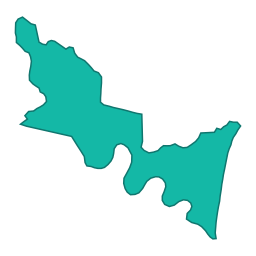 Navegantes, Santa Catarina, Brazil
{"feature_id": "56859067B7965125554274", "entity_name": "Navegantes", "entity_type": "district", "adm_level": 2, "iso_a3": "BRA", "parent_name": "Brazil", "parent_adm1": "Santa Catarina", "projection": "robinson", "projection_center": [-48.723, -26.826], "detail": "fine", "context": "isolated", "style": "filled", "palette": "teal", "viewbox_px": 256, "rotation_deg": 0, "n_neighbors": 0, "source": "geoboundaries", "source_scale": "gbopen_adm2", "svg_char_len": 2192}
<svg xmlns="http://www.w3.org/2000/svg" viewBox="0 0 256 256"><path d="M86.9,165.9L91.2,166.5L94.4,167.7L97.9,168.4L101.2,168.4L104.5,167.4L108.0,164.5L111.0,161.0L112.8,157.4L113.6,153.7L114.2,148.7L116.8,144.8L120.9,143.5L124.2,144.8L128.0,147.8L131.9,155.1L131.7,162.2L129.7,167.7L126.5,173.7L124.0,178.2L123.7,183.4L125.2,188.7L127.3,192.2L130.5,194.7L135.0,194.4L138.9,192.8L142.6,188.5L144.9,184.4L146.8,181.3L150.7,178.2L155.6,176.7L158.9,176.9L162.6,179.0L165.3,182.8L165.8,186.7L164.2,191.6L162.3,196.1L162.3,200.4L164.7,204.4L169.4,206.5L174.3,205.1L178.8,201.6L183.4,199.8L187.6,200.4L190.7,202.9L191.9,206.4L190.5,210.1L187.2,213.4L186.5,219.1L191.7,222.5L197.8,224.2L201.6,226.6L205.6,230.8L207.8,234.1L210.2,237.0L212.9,238.9L216.1,238.6L215.2,232.9L215.6,228.1L216.1,222.0L216.9,216.2L217.6,211.5L218.5,206.4L219.6,201.2L220.1,196.3L221.2,189.4L221.8,184.3L222.7,179.4L223.4,174.7L224.6,169.0L225.8,162.9L226.9,157.4L227.8,152.9L229.2,148.7L230.9,144.9L231.8,141.1L233.3,137.4L235.8,133.8L237.9,129.9L240.6,126.0L237.2,122.2L233.4,122.2L229.6,121.4L226.9,125.0L223.6,126.8L220.8,129.5L216.8,128.3L214.4,132.3L200.8,133.0L198.7,137.8L195.6,141.5L191.0,144.9L187.2,147.4L183.0,147.8L178.7,146.2L175.0,143.9L170.3,145.7L167.0,145.8L163.5,145.7L160.7,147.8L158.1,150.6L153.6,152.1L148.9,152.9L144.0,150.4L141.1,147.2L142.5,141.3L141.8,114.2L137.0,113.4L132.2,112.2L128.5,111.1L123.1,109.7L117.0,108.3L113.4,107.5L109.4,106.3L103.7,104.9L100.5,102.2L100.5,98.0L100.8,93.7L101.0,89.0L101.5,82.9L101.5,77.0L98.4,72.7L94.0,71.0L91.4,67.8L88.8,64.9L84.6,60.7L80.6,58.6L77.7,57.2L74.7,53.2L73.1,47.8L69.3,47.0L65.9,49.1L54.7,41.3L51.3,40.5L48.3,41.6L46.1,44.8L42.6,44.2L39.0,42.1L35.3,25.0L31.0,23.8L27.0,20.6L22.5,17.1L18.1,19.1L15.7,22.8L15.5,28.5L15.4,33.0L16.4,36.9L16.4,42.5L19.8,45.4L22.5,48.2L25.1,51.3L28.9,52.8L30.5,56.6L31.4,61.2L30.8,66.3L29.8,71.2L29.3,75.1L29.5,80.2L32.9,83.9L35.7,85.9L39.1,88.1L40.2,91.9L43.7,93.7L45.8,96.7L46.5,101.5L43.4,104.9L40.2,106.9L37.0,108.5L33.6,111.0L28.6,111.5L24.9,115.7L27.4,119.1L24.7,121.0L20.5,124.2L26.5,126.2L71.6,136.4L77.1,145.2L80.8,150.9L84.3,156.5L85.1,162.6L86.9,165.9Z" fill="#14b8a6" stroke="#0f766e" stroke-width="1.5"/></svg>